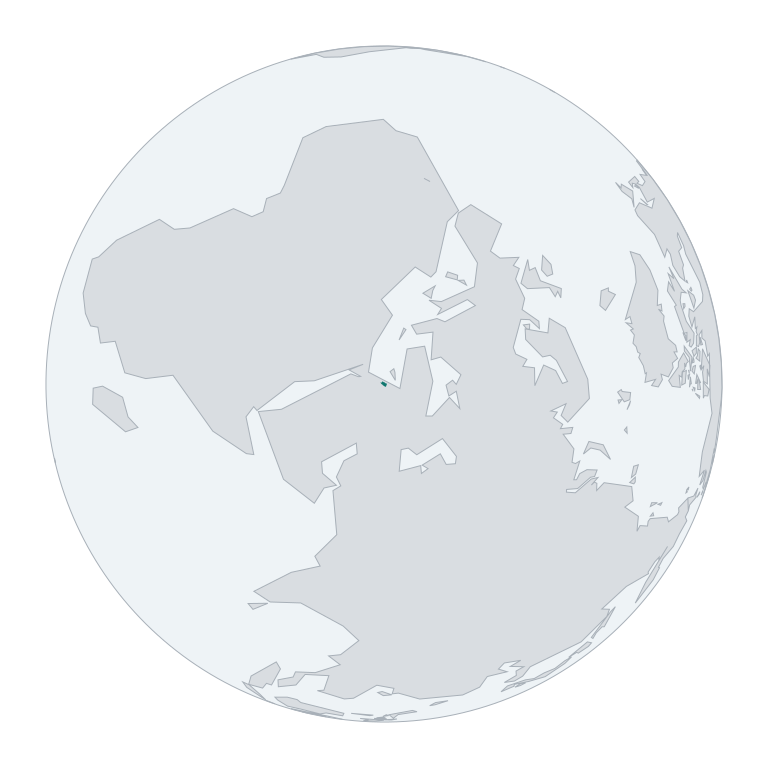 Mount Lebanon on an orthographic globe, rotated 98°
{"feature_id": "LBN-3025", "entity_name": "Mount Lebanon", "entity_type": "Province", "adm_level": 1, "iso_a3": "LBN", "parent_name": "Lebanon", "parent_adm1": "", "projection": "orthographic", "projection_center": [35.671, 33.864], "detail": "coarse", "context": "on_globe", "style": "filled", "palette": "teal", "viewbox_px": 768, "rotation_deg": 98, "n_neighbors": 0, "source": "natural_earth", "source_scale": "10m", "svg_char_len": 10890}
<svg xmlns="http://www.w3.org/2000/svg" viewBox="0 0 768 768"><g transform="rotate(98 384 384)"><circle cx="384" cy="384" r="338" fill="#eef3f6" stroke="#a8b0b8"/><path d="M340.8,48.8L352.2,47.9L392.0,47.3L406.3,47.4L401.8,48.0L430.1,49.3L452.7,53.1L426.0,48.9L422.4,48.9L437.2,51.0L436.8,51.5L443.7,53.2L441.8,54.0L426.3,52.5L424.8,53.2L435.4,54.8L440.1,57.3L424.8,54.7L431.6,59.0L406.9,59.3L367.4,55.1L352.5,59.1L308.6,66.0L311.4,67.3L296.6,72.0L294.2,75.6L286.8,76.7L291.4,78.8L298.7,77.1L303.1,77.7L302.5,80.0L292.8,81.4L291.7,80.5L288.5,82.2L284.0,82.1L285.8,83.4L274.2,85.6L284.6,87.0L274.4,91.6L267.0,92.2L269.3,87.5L257.9,80.1L251.2,80.7L239.2,85.5L213.4,103.3L205.3,106.6L193.1,114.4L196.7,114.1L207.6,108.2L211.5,110.7L224.3,104.0L227.8,104.4L240.3,100.2L236.6,106.1L226.3,114.5L215.6,118.5L210.8,122.6L219.4,123.6L198.3,136.9L182.0,156.3L176.7,159.7L169.0,156.3L172.6,143.1L162.6,142.2L167.2,148.6L153.9,158.4L151.0,162.8L150.6,166.1L154.9,164.9L150.0,169.9L143.6,164.6L148.0,159.9L150.0,161.4L151.6,155.7L147.2,153.7L140.8,159.6L140.9,153.0L136.3,157.5L133.8,159.1L141.1,152.1L128.0,165.0L127.1,164.5L143.9,146.2L162.0,129.2L181.4,113.6L201.8,99.4L223.2,86.8L245.5,75.8L268.5,66.4L292.2,58.8L316.3,52.9L340.8,48.8ZM50.8,328.0L48.3,345.6L47.5,373.3L47.2,389.8L46.8,394.8L47.8,403.9L47.9,408.9L57.0,444.7L66.1,472.0L68.8,489.0L67.0,496.9L75.4,521.7L66.1,498.7L58.6,475.1L52.8,451.1L48.8,426.6L46.6,402.0L46.1,377.2L47.5,352.5L50.8,328.0ZM416.6,47.8L408.6,47.1L416.6,47.7L416.6,47.8ZM445.0,53.4L447.4,53.6L449.9,54.5L445.0,53.4ZM241.5,97.4L240.9,98.8L238.9,98.8L241.5,97.4ZM247.5,94.5L245.6,93.6L248.2,92.1L249.3,92.7L247.5,94.5ZM449.4,56.6L452.7,58.4L446.6,56.2L449.4,56.6ZM249.3,96.1L253.0,89.7L257.6,87.2L265.7,87.7L249.3,96.1ZM452.9,59.3L461.2,64.5L467.3,65.0L454.7,67.2L451.8,61.6L443.4,58.6L450.4,59.8L452.9,59.3ZM301.3,75.7L293.5,77.5L300.6,74.1L301.3,75.7ZM304.8,73.5L320.3,63.8L331.4,62.9L324.0,66.0L338.9,63.8L336.8,68.0L328.0,70.2L321.3,69.8L325.6,71.8L304.8,73.5ZM446.4,68.0L446.1,69.3L443.5,67.7L446.4,68.0ZM305.5,77.7L307.6,75.6L317.4,74.5L314.9,78.7L312.6,77.6L305.5,77.7ZM344.0,61.4L350.8,61.7L350.9,65.1L353.6,65.8L337.7,68.1L344.0,61.4ZM310.0,79.0L313.4,80.9L308.2,83.6L304.0,79.8L310.0,79.0ZM321.0,72.6L325.6,72.4L322.2,73.8L321.0,72.6ZM291.4,95.2L293.8,92.0L299.1,91.1L291.4,95.2ZM315.1,81.4L316.8,80.5L319.2,80.0L320.3,81.8L315.1,81.4ZM338.9,70.5L337.5,72.1L345.4,69.7L345.8,72.6L335.1,73.8L339.9,74.5L340.0,75.5L331.1,75.5L338.9,70.5ZM328.6,82.2L315.1,85.5L309.6,91.1L304.7,92.0L314.4,82.8L328.6,82.2ZM330.8,78.2L328.3,80.8L323.5,80.2L322.3,78.1L330.8,78.2ZM349.9,74.4L352.1,69.6L354.3,69.6L349.9,74.4ZM327.9,83.9L331.2,83.1L328.1,84.3L327.9,83.9ZM344.2,77.3L344.7,75.4L347.2,75.4L344.2,77.3ZM337.3,83.3L333.0,84.2L332.0,82.7L337.3,83.3ZM341.2,80.6L344.7,81.1L334.2,81.6L341.0,79.7L341.2,80.6ZM346.6,77.6L348.2,77.0L346.0,78.3L346.6,77.6ZM343.6,89.0L330.7,90.1L328.5,86.5L341.3,85.8L343.6,89.0ZM137.1,477.1L122.0,421.5L131.5,407.4L134.8,385.4L201.9,334.3L214.5,343.9L265.6,348.1L271.6,352.5L263.8,369.4L300.7,398.4L314.7,385.2L349.9,400.5L374.4,401.0L386.3,367.6L346.1,366.0L340.9,349.0L374.5,336.0L409.9,338.1L409.0,331.7L388.2,317.3L397.8,305.5L381.1,311.4L386.8,318.1L376.5,322.4L370.7,316.6L374.3,312.4L364.1,309.1L349.4,331.5L353.5,340.7L325.8,342.7L330.1,358.6L322.0,365.0L311.8,340.7L313.9,332.3L293.6,304.4L288.8,313.2L307.7,340.5L301.1,337.6L294.8,351.1L294.4,338.7L275.1,308.0L251.1,308.3L217.8,335.7L204.4,334.2L194.3,323.0L209.1,289.8L237.6,297.1L243.2,286.7L239.8,268.1L248.7,272.4L250.8,266.1L261.8,268.3L279.6,256.6L291.1,257.6L300.3,239.4L307.5,237.8L300.0,248.7L300.9,257.5L329.8,261.1L336.0,257.7L339.7,245.9L347.2,249.0L347.0,237.2L364.7,234.4L343.0,228.5L346.8,215.9L358.6,207.4L356.0,202.6L336.6,216.6L332.4,223.4L335.1,230.7L320.2,249.9L309.8,251.9L310.6,228.8L295.9,229.5L303.0,212.4L350.9,182.9L369.8,178.6L396.2,196.7L390.5,204.2L378.2,201.0L387.5,215.1L387.7,208.5L393.9,211.5L399.1,201.4L403.7,203.1L400.7,191.0L407.0,192.0L408.8,199.6L421.8,186.9L435.4,186.9L436.1,183.3L433.0,179.4L452.4,182.7L452.0,180.0L445.5,177.7L440.6,171.1L439.5,161.0L446.3,162.6L447.6,166.5L460.6,177.7L463.0,188.5L465.7,188.3L465.1,179.4L449.3,165.6L446.8,159.1L455.2,164.6L451.9,162.0L452.7,159.4L459.9,158.6L451.1,152.3L451.1,124.4L465.0,121.1L472.4,128.4L479.6,113.7L494.7,113.0L488.6,110.7L488.0,103.3L483.3,103.3L480.3,101.7L476.5,85.0L480.9,83.1L472.5,75.1L469.4,74.2L465.7,75.0L454.7,67.2L467.3,65.0L473.7,67.1L477.3,65.1L491.3,70.6L504.6,74.9L517.9,83.3L527.3,86.7L527.6,85.6L540.5,90.2L566.0,104.7L544.0,97.3L505.4,80.6L521.0,87.3L517.1,87.4L522.4,91.1L533.5,96.3L535.0,95.7L550.7,115.8L576.5,137.0L575.7,129.4L583.2,131.0L611.9,152.9L643.6,199.8L654.0,206.0L660.0,213.5L662.8,223.3L654.2,212.4L649.9,213.3L644.5,206.2L646.1,219.6L638.6,210.1L643.5,226.0L650.4,231.0L651.8,222.0L659.3,241.0L670.9,247.1L681.0,262.8L691.0,304.8L688.1,326.7L689.7,332.8L684.0,331.8L683.3,349.2L699.4,370.4L701.4,379.5L696.9,407.3L695.6,400.9L680.5,398.0L682.6,421.7L694.3,429.3L698.5,446.5L691.7,447.8L686.8,433.2L681.4,431.6L679.4,411.9L668.1,388.3L661.0,401.0L658.1,389.3L641.6,373.2L629.4,390.7L612.4,436.0L615.7,466.4L607.4,484.0L583.4,449.6L573.2,421.9L564.2,428.5L539.8,409.8L496.7,419.7L490.9,412.6L482.7,418.2L465.6,413.0L456.9,400.8L446.4,403.2L469.7,435.0L481.0,432.5L490.9,417.0L495.3,428.9L511.8,436.4L492.3,470.3L428.8,504.6L423.3,482.0L378.6,418.2L380.3,410.5L380.2,409.7L379.7,408.2L374.9,420.5L367.4,407.4L390.5,453.4L394.1,472.8L427.9,506.1L424.6,509.9L435.7,516.1L472.0,503.1L472.1,510.6L454.5,547.0L404.7,594.2L411.8,620.7L409.0,642.2L379.1,656.1L382.9,670.5L367.6,675.2L367.3,682.6L355.7,689.5L335.8,694.6L300.9,690.3L297.8,684.2L278.8,668.8L252.2,629.3L260.0,613.2L256.5,597.9L231.3,557.4L236.7,538.1L230.2,527.6L216.7,526.1L209.3,513.2L201.2,510.4L151.4,498.6L137.1,477.1ZM177.1,366.6L174.8,373.0L177.1,366.6ZM446.6,357.9L468.3,356.8L459.7,336.3L467.4,334.5L461.7,328.6L459.0,334.9L445.3,318.5L455.0,311.2L453.0,302.2L445.6,302.2L429.9,318.5L449.5,341.7L444.1,351.0L446.6,357.9ZM54.6,308.4L53.5,313.4L53.7,312.6L54.6,308.4ZM71.1,256.4L71.5,255.4L69.2,261.3L70.3,258.3L71.1,256.4ZM154.3,158.7L154.7,159.3L153.2,163.3L151.7,162.8L154.3,158.7ZM160.2,175.0L152.1,182.8L156.8,176.5L153.1,176.8L158.3,164.6L174.3,160.9L166.1,164.4L160.2,175.0ZM169.8,148.5L164.7,155.9L169.7,148.0L169.8,148.5ZM251.6,232.2L254.6,237.4L249.2,243.8L234.6,244.8L242.3,235.3L251.6,232.2ZM260.0,243.5L264.8,221.7L274.1,220.9L268.1,224.9L273.7,226.6L265.5,233.6L269.6,255.2L265.2,262.4L240.7,259.0L251.2,255.8L247.7,250.5L260.0,243.5ZM260.9,174.7L263.2,167.3L280.3,174.9L276.3,181.1L261.5,181.9L257.6,175.2L260.9,174.7ZM262.9,99.1L262.6,97.3L265.3,96.7L267.7,97.7L262.9,99.1ZM292.1,93.8L266.8,107.1L265.3,105.5L252.4,116.3L243.2,116.4L251.8,109.2L235.1,118.0L239.3,111.6L228.4,118.2L248.6,102.2L251.7,97.4L251.8,102.5L260.1,102.3L264.7,100.8L279.8,93.4L290.5,84.0L300.5,83.1L304.7,85.0L303.6,87.1L297.5,86.9L300.5,89.9L290.8,91.2L292.1,93.8ZM348.3,118.8L341.6,115.7L346.1,125.8L336.4,125.6L337.5,126.8L329.8,129.7L322.3,135.4L318.2,134.5L317.1,137.2L311.9,139.5L309.0,143.1L300.6,142.9L296.3,147.4L294.8,144.8L289.7,152.8L289.7,146.9L283.0,149.8L286.6,154.0L248.1,148.4L232.0,151.9L218.6,158.6L220.4,148.6L234.1,136.5L253.0,125.8L268.2,124.3L266.3,120.6L273.0,118.9L271.7,122.6L277.7,116.1L282.9,115.9L299.7,108.8L305.1,100.6L311.4,98.2L311.9,101.3L317.8,96.8L323.0,101.4L327.7,99.9L337.4,103.4L335.7,111.0L341.0,108.9L348.7,112.0L348.3,118.8ZM346.1,90.1L346.2,98.3L341.0,102.6L326.2,94.9L321.3,95.5L311.6,91.6L319.4,85.8L321.4,87.4L325.2,87.6L321.3,89.3L327.3,88.1L330.3,90.4L335.8,90.3L334.4,92.9L346.1,90.1ZM279.7,347.0L284.6,348.7L292.6,349.2L288.7,358.1L279.7,347.0ZM266.1,326.2L270.7,326.0L269.2,337.9L264.1,336.5L266.1,326.2ZM274.6,316.1L271.1,325.0L270.0,319.3L274.6,316.1ZM304.4,248.1L309.5,247.5L309.5,250.4L306.1,254.2L304.4,248.1ZM359.5,151.5L356.5,148.3L358.3,147.1L358.1,138.6L365.3,138.4L368.2,143.6L359.5,151.5ZM378.8,373.3L370.9,379.7L367.5,376.4L370.9,374.8L378.8,373.3ZM327.1,369.8L338.3,375.2L325.9,372.2L327.1,369.8ZM367.3,150.0L366.4,146.3L370.5,148.6L367.3,150.0ZM370.5,138.0L375.6,139.8L366.2,137.5L370.5,138.0ZM506.5,698.6L508.1,698.3L503.1,700.1L506.5,698.6ZM467.3,633.3L444.7,669.7L428.6,671.4L425.3,662.4L433.5,641.0L452.2,632.9L461.3,621.6L467.3,633.3ZM715.0,452.0L715.0,452.3L715.0,451.9L715.0,452.0ZM714.5,453.1L715.9,447.7L713.7,456.9L714.5,453.1ZM713.3,457.1L703.5,477.7L698.7,482.4L700.6,475.7L708.5,463.7L713.3,457.1ZM700.2,476.2L691.7,475.0L674.2,452.0L680.6,446.9L697.7,453.5L696.8,458.7L702.0,461.9L700.2,476.2ZM717.5,421.1L716.4,434.7L711.8,445.2L709.3,448.4L707.6,436.1L708.6,426.1L711.0,422.1L715.7,377.9L718.3,378.7L717.8,395.5L719.6,401.5L717.5,421.1ZM617.3,468.5L625.4,482.4L620.3,488.0L617.3,468.5ZM714.4,351.9L714.7,370.7L713.4,348.5L714.4,351.9ZM711.7,333.2L713.3,338.8L711.2,335.7L711.7,333.2ZM692.7,341.3L690.4,347.2L688.8,343.0L690.7,333.1L692.7,341.3ZM688.7,276.5L694.6,288.9L696.2,294.0L692.3,288.6L688.7,276.5ZM427.2,149.2L419.4,160.8L418.6,170.3L425.6,176.8L412.4,173.1L413.7,158.4L427.2,149.2ZM447.4,127.0L441.3,122.2L446.0,121.6L448.1,122.7L447.4,127.0ZM442.2,126.0L430.7,125.3L428.6,120.9L438.1,122.2L442.2,126.0ZM398.9,136.4L396.1,139.6L392.8,137.6L398.9,136.4ZM720.0,419.6L720.4,412.3L718.9,428.1L718.4,430.9L719.1,420.3L720.2,402.4L720.7,393.3L721.8,378.5L720.4,400.8L720.7,406.4L721.6,394.7L720.8,407.0L720.6,413.6L720.0,419.6ZM720.3,357.6L718.6,352.5L718.5,361.1L717.0,337.3L719.2,346.1L720.3,357.6ZM716.4,339.4L716.5,347.3L715.3,334.5L716.4,339.4ZM715.6,345.0L713.9,338.4L714.7,335.9L715.6,345.0ZM716.6,337.4L713.9,324.5L715.7,329.9L716.6,337.4ZM709.4,324.0L713.7,328.2L710.8,332.9L703.3,310.4L703.9,305.7L709.4,324.0ZM666.0,212.1L661.7,207.2L660.2,202.2L663.6,207.0L666.0,212.1ZM651.4,183.7L658.4,199.3L663.3,213.1L665.2,213.2L672.5,225.3L665.8,219.7L657.3,202.8L654.8,194.3L647.8,185.2L641.9,175.2L632.9,166.4L628.1,160.3L635.5,166.0L651.4,183.7ZM629.0,163.1L611.1,146.7L611.4,142.5L615.4,145.1L623.5,154.2L622.9,155.8L629.0,163.1ZM606.9,141.7L606.1,143.4L578.1,128.0L572.3,123.9L593.7,132.1L594.1,134.3L600.9,139.2L606.9,141.7ZM449.8,69.8L446.5,69.4L448.7,68.7L449.8,69.8ZM477.8,101.9L474.1,99.7L476.9,98.6L477.8,101.9ZM465.6,93.2L465.0,95.9L462.8,92.3L465.6,93.2ZM464.3,102.4L463.5,96.7L468.3,103.2L464.3,102.4Z" fill="#d9dde1" stroke="#a8b0b8" stroke-width="1"/><path d="M383.4,383.7L383.5,383.7L383.7,383.2L383.9,383.2L383.8,382.9L383.9,382.5L383.8,382.3L383.8,382.0L383.9,381.9L384.0,381.9L384.3,382.1L384.8,382.1L385.1,382.2L385.3,382.2L385.7,382.3L385.6,382.8L385.4,383.2L385.2,383.4L385.0,383.7L384.8,383.9L384.5,384.3L384.7,384.5L384.3,384.8L384.3,385.0L384.0,385.4L383.8,386.0L383.7,386.1L383.7,385.9L383.7,385.6L383.0,385.7L382.6,385.6L382.7,385.3L382.7,385.2L382.8,385.0L382.9,384.9L383.1,384.4L383.1,384.0L383.3,384.0L383.4,383.7Z" fill="#14b8a6" stroke="#0f766e" stroke-width="1.5"/></g></svg>